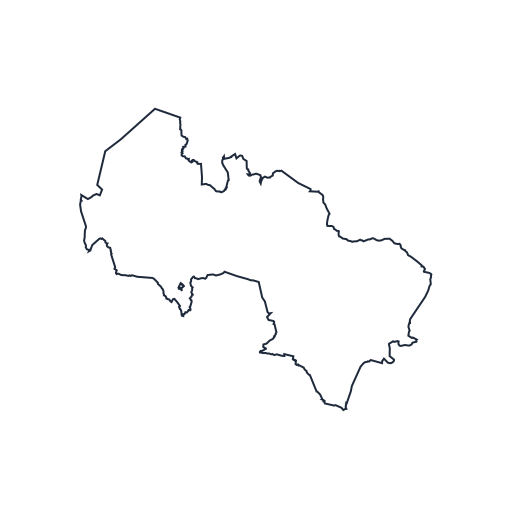 the district of Tangancícuaro, Michoacán, Mexico, rotated 242°
{"feature_id": "50627088B86579447332428", "entity_name": "Tangancícuaro", "entity_type": "district", "adm_level": 2, "iso_a3": "MEX", "parent_name": "Mexico", "parent_adm1": "Michoacán", "projection": "albers", "projection_center": [-102.26, 19.874], "detail": "fine", "context": "isolated", "style": "outline", "palette": "slate", "viewbox_px": 512, "rotation_deg": 242, "n_neighbors": 0, "source": "geoboundaries", "source_scale": "gbopen_adm2", "svg_char_len": 6140}
<svg xmlns="http://www.w3.org/2000/svg" viewBox="0 0 512 512"><g transform="rotate(242 256 256)"><path d="M238.2,162.5L237.1,163.6L238.7,164.6L238.3,165.7L239.5,167.2L238.6,168.3L239.3,170.2L240.0,171.1L239.8,171.8L239.0,172.2L239.2,172.9L240.9,173.5L242.1,173.4L242.5,174.5L245.8,177.7L247.1,178.2L247.7,177.7L248.5,178.0L249.7,177.7L250.6,180.3L251.5,181.0L251.5,182.0L254.3,181.8L255.9,183.7L257.6,184.5L258.0,185.3L260.2,184.6L263.3,185.5L264.1,186.8L265.9,187.7L267.2,190.9L266.9,191.6L265.1,191.7L263.8,193.3L262.8,194.0L261.9,197.9L261.0,199.4L259.8,200.4L260.0,201.7L261.9,204.3L259.9,209.4L257.6,211.5L256.5,215.7L256.3,218.5L256.3,219.4L256.9,220.8L247.2,229.7L239.5,237.8L236.7,240.3L236.2,241.6L231.8,246.2L216.4,242.0L211.7,242.5L201.1,239.9L199.2,240.4L198.6,242.1L196.9,237.1L193.6,237.1L190.7,240.6L189.5,241.2L187.7,239.6L187.0,240.3L179.0,238.2L178.5,237.1L177.6,236.7L176.9,235.0L176.5,234.9L176.5,234.2L175.8,234.1L174.9,231.8L174.9,228.3L173.7,224.3L174.4,221.0L172.3,219.7L169.7,221.3L169.3,220.9L169.7,219.9L169.3,218.8L169.5,216.1L170.0,215.6L169.5,214.4L169.0,214.2L166.5,217.4L166.4,218.1L165.7,219.2L164.7,220.0L163.7,221.9L162.0,223.4L161.8,224.5L160.0,225.5L159.4,228.2L156.0,231.7L154.4,234.1L156.1,234.9L149.9,241.9L147.7,240.1L146.8,240.3L146.5,241.0L145.5,241.2L145.8,241.7L144.9,242.2L142.0,240.2L140.8,240.7L140.7,241.6L139.8,241.9L140.0,242.2L139.4,242.3L139.0,243.0L135.1,245.7L132.9,245.7L130.6,246.6L129.3,246.2L126.5,246.9L125.6,247.7L107.9,245.9L107.3,246.5L103.6,247.6L98.3,247.3L98.3,247.0L97.4,247.9L96.4,247.4L96.2,248.2L95.7,248.5L95.0,247.7L93.5,247.6L87.3,254.7L87.0,256.2L81.9,260.2L79.0,260.8L79.1,262.6L78.6,264.0L80.8,264.3L81.8,265.3L83.0,265.8L83.1,266.7L84.1,266.9L83.8,267.4L92.0,276.2L96.2,279.6L109.2,296.4L110.9,300.8L111.0,302.6L110.4,304.5L110.5,305.3L109.7,306.3L110.3,308.4L102.2,317.0L103.9,318.0L105.3,320.8L100.0,322.3L98.2,324.3L98.0,325.6L98.1,327.4L98.8,328.6L99.7,329.2L104.9,327.0L111.7,330.8L115.9,332.0L116.1,332.5L116.3,337.1L115.3,337.7L114.4,341.0L113.6,341.8L112.6,341.0L111.0,340.4L109.3,340.8L108.5,341.8L107.6,345.5L104.9,349.3L104.8,351.7L106.0,353.5L105.0,357.4L106.5,358.0L106.7,358.7L110.4,356.2L110.4,355.2L114.1,353.1L117.3,355.5L117.9,356.6L121.8,357.3L123.1,358.2L125.3,360.4L124.9,360.7L126.9,361.6L128.0,362.7L140.5,386.2L144.8,392.0L147.8,394.9L149.1,397.1L153.7,399.0L155.2,400.7L156.4,401.1L157.4,402.2L158.3,402.0L160.1,400.6L163.2,396.9L163.7,397.0L165.2,399.1L168.1,398.8L169.0,397.3L170.1,397.9L175.8,395.6L182.6,392.5L185.3,390.7L188.4,391.0L190.3,390.2L191.3,390.3L192.1,389.3L194.6,388.0L196.2,388.1L197.3,388.7L199.0,388.6L199.4,388.4L200.1,386.6L202.3,384.1L205.2,383.6L208.5,382.1L210.7,377.8L211.0,373.9L211.7,372.0L213.0,370.2L216.2,368.2L217.1,367.0L217.1,364.8L217.9,362.8L218.5,357.8L219.9,357.1L220.5,356.2L221.5,355.6L221.6,352.1L223.2,348.6L223.3,347.6L224.7,346.6L226.6,344.3L228.3,343.9L230.8,340.7L233.5,339.5L234.3,338.6L235.9,338.9L237.7,339.8L238.6,340.6L239.3,340.7L240.4,339.1L242.1,338.5L243.2,337.6L245.3,338.1L246.9,337.0L249.0,333.2L250.7,333.5L254.0,335.8L258.0,339.3L258.7,340.7L265.5,340.8L269.1,341.3L271.3,340.6L274.2,341.6L276.5,343.1L278.4,343.5L282.9,341.4L283.7,341.6L284.0,340.3L287.8,334.0L288.2,334.9L289.5,335.6L300.7,327.5L319.4,318.5L319.7,316.9L320.3,316.6L320.6,315.5L321.5,314.4L321.5,312.5L321.0,309.7L319.2,308.6L319.1,305.7L318.7,305.2L320.0,302.6L321.9,301.2L321.8,298.8L319.7,295.8L317.8,294.2L320.3,294.3L323.3,297.4L325.4,297.8L328.7,294.7L329.1,292.3L329.7,290.8L329.6,288.6L330.5,287.3L332.0,287.1L331.1,288.6L331.9,289.6L334.9,289.3L336.1,289.8L336.8,289.1L337.7,289.0L344.3,292.3L347.7,290.4L350.8,290.8L351.3,290.4L352.1,289.4L352.2,288.6L351.4,284.6L355.9,285.4L355.4,280.6L355.0,280.5L355.4,277.9L356.7,273.6L359.0,274.5L358.4,273.5L358.5,273.0L357.1,272.5L356.3,271.1L354.1,269.9L351.3,269.7L343.0,270.3L335.8,267.5L335.8,266.7L331.9,263.1L330.5,262.5L330.6,261.8L330.0,261.8L329.8,261.0L329.3,260.8L329.4,260.2L328.9,260.0L329.1,259.4L328.4,258.2L328.5,255.5L329.2,254.6L329.7,254.6L331.7,251.4L332.1,251.1L334.8,250.7L340.3,248.5L341.0,247.3L343.1,245.8L344.6,241.7L351.1,245.4L363.2,250.7L364.8,247.7L366.0,247.7L366.5,248.2L369.0,246.1L369.9,246.2L370.4,245.4L369.9,244.9L370.3,244.2L370.1,243.9L369.0,243.8L369.0,242.8L369.9,242.6L370.3,242.0L371.4,241.5L372.1,241.4L373.3,242.3L373.8,241.0L374.6,240.8L375.2,240.0L377.5,239.8L378.5,238.1L379.9,237.6L381.0,238.4L381.2,239.3L382.2,238.9L382.6,239.9L383.1,239.6L384.4,240.4L384.0,240.7L384.2,241.2L384.8,241.4L385.0,242.1L385.3,241.9L385.9,242.9L386.5,243.0L385.7,245.1L387.3,245.9L387.4,247.2L390.0,249.9L391.8,250.3L391.9,249.4L394.2,249.3L395.5,247.8L397.0,247.0L397.9,247.0L401.9,249.1L403.0,249.0L403.5,248.5L407.9,251.2L409.1,251.4L410.4,252.4L412.2,252.7L413.7,254.1L433.4,235.9L422.5,191.5L419.3,172.1L393.3,149.2L386.9,151.3L382.9,146.6L385.6,144.3L385.9,140.5L385.3,138.6L385.2,134.3L391.9,130.4L390.6,129.9L388.1,127.8L386.9,127.9L387.2,127.3L383.9,124.8L377.6,122.5L362.0,119.8L360.4,118.7L358.8,116.9L352.5,113.2L350.6,111.6L348.7,111.0L345.0,110.8L343.7,109.8L341.4,109.8L340.2,110.8L339.5,112.2L338.6,110.9L338.6,112.2L342.5,116.5L344.7,125.5L344.6,126.9L343.6,127.6L343.7,128.5L339.9,130.0L338.6,129.4L337.1,130.2L336.8,130.7L335.7,129.3L334.4,129.1L332.8,129.8L331.7,131.1L329.2,130.5L328.9,130.1L327.7,130.1L326.7,129.4L325.8,129.6L325.3,128.8L312.2,126.4L311.1,125.0L308.8,126.3L307.2,124.6L306.3,124.3L305.4,124.5L305.3,125.7L304.8,126.4L302.4,128.1L300.2,131.9L298.3,134.0L298.3,135.2L297.2,136.0L297.3,137.0L296.8,138.0L293.4,141.4L285.4,154.0L284.0,155.2L278.5,156.8L277.4,156.3L273.5,157.7L271.5,157.7L270.4,158.1L268.2,157.7L266.2,156.7L265.0,156.7L264.5,156.3L262.7,157.4L260.5,156.9L260.2,157.5L259.5,157.6L258.4,159.0L256.1,159.2L255.0,159.8L256.8,162.4L256.5,163.8L252.5,164.7L247.7,165.4L247.4,165.2L247.3,164.2L244.8,163.9L244.5,164.3L242.7,164.2L238.2,162.5ZM263.2,172.5L264.5,172.7L267.3,176.6L266.1,177.0L266.3,177.4L264.1,178.1L264.0,177.6L263.2,177.9L262.5,174.8L260.0,174.3L260.9,174.1L263.1,174.7L263.8,173.8L262.9,173.0L263.2,172.5Z" fill="none" stroke="#1e293b" stroke-width="2"/></g></svg>